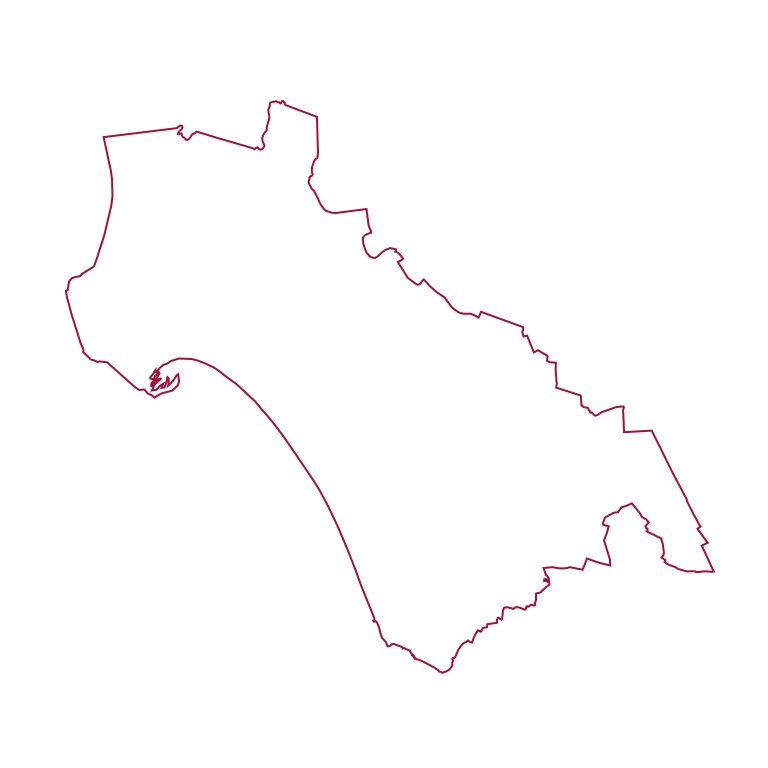 San Bernardo Del Viento, Córdoba, Colombia (orthographic projection), rotated 263°
{"feature_id": "7082276B36183297139579", "entity_name": "San Bernardo Del Viento", "entity_type": "district", "adm_level": 2, "iso_a3": "COL", "parent_name": "Colombia", "parent_adm1": "Córdoba", "projection": "orthographic", "projection_center": [-75.988, 9.323], "detail": "fine", "context": "isolated", "style": "outline", "palette": "rose", "viewbox_px": 768, "rotation_deg": 263, "n_neighbors": 0, "source": "geoboundaries", "source_scale": "gbopen_adm2", "svg_char_len": 6125}
<svg xmlns="http://www.w3.org/2000/svg" viewBox="0 0 768 768"><g transform="rotate(263 384 384)"><path d="M657.3,350.0L672.8,320.3L673.9,319.7L675.2,319.8L676.0,319.0L676.9,318.6L677.1,318.2L677.2,317.2L675.8,316.5L675.1,315.9L675.0,315.6L675.3,315.0L676.3,314.4L676.7,312.8L677.9,311.2L677.5,309.2L677.7,308.8L677.1,305.3L673.6,304.4L670.4,302.7L669.5,302.4L663.7,302.8L661.3,302.4L654.0,299.2L650.4,298.4L649.4,297.8L647.5,295.8L645.3,294.2L642.5,293.0L640.0,293.0L637.9,293.6L635.9,294.4L634.7,294.2L633.4,293.3L632.2,292.0L631.7,290.6L631.7,290.1L631.9,289.4L632.7,288.4L634.4,287.3L633.4,284.9L632.9,284.3L634.1,282.3L648.8,248.0L657.4,228.7L656.2,227.4L655.7,225.1L654.9,223.8L653.3,222.6L651.0,220.2L650.5,219.3L650.3,218.2L650.7,217.1L652.5,216.0L653.7,214.4L654.8,213.9L656.8,213.6L657.4,213.3L657.5,212.7L657.0,210.4L657.1,209.9L657.9,210.1L659.5,211.2L661.9,214.4L663.1,215.2L664.6,215.1L665.3,213.4L664.8,211.9L663.4,210.1L663.2,209.4L663.2,135.8L629.0,138.9L620.5,139.0L603.6,137.4L594.3,135.1L566.0,124.6L545.4,115.1L536.0,110.5L530.3,98.1L528.0,95.4L527.9,91.9L527.2,87.4L524.2,83.9L515.8,81.5L515.6,80.3L515.2,79.6L509.0,79.9L491.7,82.3L460.7,88.0L455.9,89.7L453.8,89.8L452.6,89.2L445.5,95.0L444.2,95.6L442.8,99.2L440.7,102.5L441.1,104.3L439.2,111.9L412.4,135.4L409.9,137.9L407.8,140.7L407.7,145.5L403.3,148.4L401.2,152.0L398.4,154.6L400.1,158.0L401.8,162.3L403.2,172.9L407.4,178.8L411.4,181.0L418.7,180.8L417.6,179.0L413.7,175.8L410.4,172.1L408.6,169.5L411.9,170.4L415.8,171.0L417.2,169.8L413.5,168.7L408.0,166.1L407.4,165.4L407.3,162.7L411.0,164.8L409.1,160.8L407.2,159.1L406.1,157.5L405.8,152.9L410.1,155.3L412.1,157.0L415.1,161.5L416.9,163.7L416.0,160.1L412.4,154.8L409.8,153.6L410.5,152.6L413.7,153.6L415.6,157.6L422.0,162.5L423.6,161.6L420.5,159.0L420.0,157.6L417.9,156.8L416.3,155.7L417.2,155.0L417.6,153.0L419.1,152.8L422.3,156.2L424.3,157.5L425.6,158.8L424.1,158.5L423.4,159.2L424.6,160.6L427.0,162.9L430.1,167.9L430.5,170.5L431.2,172.4L432.7,175.0L434.3,183.6L432.2,196.2L429.9,202.1L426.6,208.3L421.4,216.7L417.8,221.0L413.3,225.4L401.5,237.9L382.2,254.2L373.8,259.4L365.3,265.3L356.5,270.8L343.1,278.4L325.9,287.4L295.9,302.7L287.1,306.8L271.3,313.0L258.4,317.4L244.8,321.8L219.8,328.8L203.5,332.9L186.1,336.9L153.0,345.8L151.0,345.8L150.3,344.4L149.8,344.5L149.4,345.1L149.4,347.0L149.0,347.5L145.6,348.8L140.3,349.8L136.7,350.1L134.0,350.7L132.3,351.2L127.4,354.5L123.2,355.6L123.1,356.5L123.4,358.2L124.6,359.9L124.9,361.1L124.7,362.3L121.4,368.5L119.5,371.4L119.2,371.1L119.2,371.3L119.3,371.4L119.0,372.6L117.5,374.6L116.4,377.0L116.2,377.2L116.0,376.9L113.1,378.4L111.9,379.3L111.2,378.7L110.8,379.3L111.4,379.8L110.1,380.9L109.5,380.9L109.0,380.3L107.7,381.1L108.0,381.4L107.9,381.9L106.8,382.7L106.8,383.1L106.1,385.0L104.0,388.5L96.4,399.4L93.5,402.7L91.8,403.8L91.4,405.4L90.1,407.1L90.7,408.4L91.4,411.5L92.2,413.2L92.9,414.4L95.0,416.5L96.8,417.7L99.0,417.7L101.0,418.9L102.4,418.3L103.3,418.6L103.8,419.3L103.4,420.4L104.5,421.5L111.2,425.4L114.9,428.6L116.5,430.5L117.6,432.6L118.0,434.6L119.2,435.9L119.1,436.4L117.8,437.3L116.6,439.8L121.6,442.4L125.0,444.6L128.0,447.2L126.9,448.8L127.3,448.8L126.7,450.5L129.8,452.5L130.0,456.4L131.1,456.9L133.0,457.3L133.2,467.0L134.1,467.3L135.8,467.1L138.0,468.5L137.8,469.3L135.8,472.0L136.8,472.7L144.3,474.4L147.2,475.9L147.5,476.8L147.2,479.9L145.0,485.0L146.2,487.0L146.2,489.4L145.4,491.5L142.8,496.4L143.0,497.0L145.9,498.4L145.9,499.1L145.4,499.8L145.6,500.7L146.9,502.7L147.0,503.1L145.8,505.6L146.0,506.8L146.3,507.2L147.5,506.8L150.1,508.1L151.6,508.6L157.5,509.4L158.0,513.9L162.6,520.0L164.8,523.8L167.4,523.8L169.1,518.8L170.9,519.4L169.5,523.7L171.2,523.7L172.6,523.1L174.3,522.3L174.5,521.5L181.9,519.9L181.7,528.9L179.9,534.7L179.1,539.2L179.1,543.6L179.6,545.9L175.5,558.5L179.9,561.0L186.0,564.1L180.1,576.3L176.3,586.4L181.5,586.8L183.5,586.6L202.0,583.3L209.3,587.2L215.4,589.7L217.5,584.5L218.3,584.3L220.0,584.8L223.7,586.6L224.8,587.6L228.3,596.7L228.2,600.6L232.6,604.5L233.7,610.4L235.3,615.5L224.1,622.5L221.5,623.4L220.6,624.0L219.2,625.5L218.0,627.4L214.3,630.0L211.1,626.2L208.5,626.8L208.4,627.9L206.4,627.7L205.5,627.0L196.8,640.5L195.9,640.3L192.6,641.0L190.9,641.2L182.9,641.3L180.6,640.7L179.4,639.9L177.9,638.3L174.8,641.9L173.1,640.7L170.8,643.3L169.8,644.7L167.1,650.2L164.2,654.1L161.0,662.0L160.6,667.2L160.2,669.5L160.0,670.2L159.3,670.9L158.9,674.3L159.2,677.3L158.7,681.5L157.6,686.5L157.7,688.4L184.9,679.7L186.9,685.9L202.1,677.5L203.9,680.7L205.4,680.0L218.1,675.0L230.9,670.4L232.6,670.4L260.1,659.9L305.1,644.1L306.9,616.4L328.6,618.1L331.8,619.3L332.5,618.8L332.8,615.5L332.6,610.9L329.5,596.6L327.2,592.1L326.8,590.3L326.9,589.7L327.5,588.9L330.1,587.1L330.4,586.7L330.4,585.8L331.1,584.9L332.2,585.0L333.3,583.9L335.0,583.8L335.3,583.5L335.7,583.0L336.5,579.8L336.8,579.2L338.5,578.1L338.6,577.4L348.4,577.9L348.7,577.7L359.4,554.5L364.0,555.7L365.1,555.5L373.4,555.9L377.7,556.2L384.2,557.2L385.5,550.8L387.2,548.7L391.6,549.7L392.1,549.6L398.8,540.9L397.1,536.6L414.6,531.9L414.2,528.3L418.8,527.6L421.1,528.7L423.4,529.1L443.8,489.1L438.4,486.1L438.5,485.4L441.0,482.5L442.8,479.4L443.3,477.8L444.1,471.3L445.4,467.8L446.7,466.0L449.8,462.6L451.9,460.7L462.7,454.5L468.2,448.0L475.7,441.3L483.0,436.3L481.8,434.7L479.5,432.5L478.5,431.1L478.5,430.0L478.8,428.6L484.9,422.1L486.7,420.5L503.4,412.6L504.5,415.7L506.1,418.2L512.0,414.6L513.6,412.4L514.0,411.3L515.4,412.1L516.2,412.4L517.9,407.4L518.1,406.3L516.8,401.6L515.2,398.6L511.6,393.5L510.2,390.5L510.5,388.9L511.2,387.3L512.7,385.1L514.5,384.2L515.5,383.2L516.5,382.7L521.5,381.3L525.7,380.6L530.9,380.7L532.0,381.1L532.7,381.7L534.0,383.4L534.8,385.4L535.8,389.7L537.8,389.6L542.6,388.1L559.8,387.9L559.6,356.5L560.5,352.8L562.2,348.9L562.9,347.6L565.0,345.7L569.7,343.1L573.4,341.8L575.7,341.2L583.8,338.2L584.9,337.6L586.0,336.4L587.9,335.6L592.7,333.8L593.7,333.8L595.0,334.1L595.5,334.6L596.7,335.1L598.1,335.1L599.0,336.3L599.6,338.0L600.2,338.5L600.8,338.7L603.5,338.3L605.0,338.4L608.1,339.0L613.7,341.8L615.1,342.9L615.7,343.5L616.5,345.4L621.2,346.6L657.3,350.0Z" fill="none" stroke="#9f1239" stroke-width="2"/></g></svg>